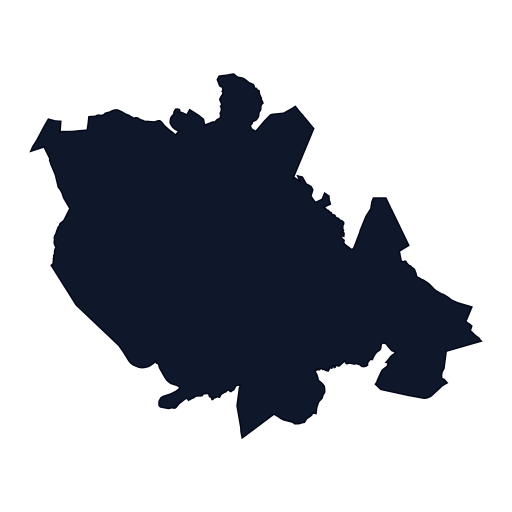 Atlangatepec, Tlaxcala, Mexico (Albers equal-area conic projection)
{"feature_id": "50627088B65405615420244", "entity_name": "Atlangatepec", "entity_type": "district", "adm_level": 2, "iso_a3": "MEX", "parent_name": "Mexico", "parent_adm1": "Tlaxcala", "projection": "albers", "projection_center": [-98.176, 19.547], "detail": "fine", "context": "isolated", "style": "filled", "palette": "ink", "viewbox_px": 512, "rotation_deg": 0, "n_neighbors": 0, "source": "geoboundaries", "source_scale": "gbopen_adm2", "svg_char_len": 6035}
<svg xmlns="http://www.w3.org/2000/svg" viewBox="0 0 512 512"><path d="M481.3,341.1L480.4,340.3L478.9,338.1L474.9,335.1L471.5,331.7L470.2,330.8L471.8,326.0L469.0,323.7L467.8,323.2L466.9,322.2L465.5,321.4L466.8,319.1L471.9,307.0L457.4,302.7L451.6,300.1L449.0,298.0L445.5,295.7L442.9,294.2L441.2,294.0L440.4,293.2L436.9,291.3L434.5,289.5L429.2,284.1L426.7,282.2L423.2,280.0L421.1,279.2L419.7,278.2L417.0,277.0L416.6,276.1L415.9,273.2L414.4,269.3L411.2,266.8L410.8,266.2L408.8,265.3L406.8,263.1L405.8,261.3L404.6,261.1L403.1,261.8L402.4,261.5L401.4,261.8L399.3,251.2L408.8,245.4L391.4,209.4L390.9,208.8L390.5,207.7L385.9,198.0L373.4,198.0L371.9,201.9L370.8,208.8L366.0,216.3L360.1,230.8L360.1,231.5L354.0,247.6L352.3,249.7L350.7,248.9L345.0,244.5L343.7,242.9L344.1,240.2L342.3,238.9L341.1,236.6L341.1,236.0L341.9,235.7L343.8,236.4L344.1,233.4L343.6,232.5L342.4,233.0L341.3,233.0L341.4,232.2L342.9,231.3L343.5,230.5L342.8,228.8L342.2,228.6L342.8,227.6L342.9,224.7L343.5,224.5L343.8,222.8L342.3,221.0L339.9,220.1L338.3,218.3L336.5,217.8L335.4,216.9L335.0,215.5L334.4,215.0L331.9,214.6L331.3,212.6L330.4,212.4L329.5,211.8L328.4,210.5L326.5,209.7L325.4,208.3L323.7,207.2L330.4,204.1L329.7,201.5L329.1,199.9L329.0,196.1L324.6,193.1L322.3,199.0L320.6,200.1L315.4,202.4L312.7,198.8L310.9,196.0L312.8,190.0L312.0,188.2L311.0,186.5L306.1,183.8L302.4,177.1L297.6,175.9L300.3,181.8L294.0,177.2L292.6,179.4L313.7,128.6L303.8,116.7L303.5,116.5L302.6,115.0L300.7,113.2L295.3,106.4L292.3,108.4L283.7,113.2L272.2,114.4L270.4,115.0L264.6,120.9L255.7,131.4L251.6,129.0L250.2,125.7L252.0,123.6L252.6,121.7L253.6,121.0L254.4,120.9L255.6,120.3L256.5,119.6L258.5,116.6L259.1,112.1L260.5,110.2L260.8,108.7L260.9,105.8L262.0,103.9L262.9,103.3L262.4,101.2L261.8,100.8L261.3,99.8L261.4,98.3L259.7,94.6L259.1,92.1L259.2,91.0L257.6,90.2L256.0,88.2L254.6,88.2L254.1,87.5L254.2,85.9L253.1,84.4L249.0,82.7L244.3,78.9L242.2,78.0L238.2,77.3L237.0,76.8L233.9,74.1L232.6,74.1L226.7,75.2L219.1,76.1L217.3,79.6L219.7,85.9L222.4,87.3L223.0,90.2L222.1,91.3L222.5,91.6L222.9,92.5L222.6,94.8L221.7,95.5L219.7,99.4L222.0,104.9L221.0,105.6L220.6,106.3L220.9,106.5L221.4,109.1L221.1,111.4L220.2,113.0L220.7,116.2L220.4,116.7L220.4,117.9L216.9,119.8L214.7,122.2L213.0,121.9L204.8,125.1L204.1,122.6L203.5,119.3L198.1,115.0L189.7,109.7L186.9,114.9L182.0,112.6L179.5,112.0L179.8,110.3L179.2,109.5L177.4,109.1L175.5,109.2L173.9,112.2L174.0,114.0L173.4,114.4L172.5,115.8L171.7,116.2L170.5,118.7L170.1,122.7L170.4,123.6L172.3,126.7L174.6,128.9L178.1,130.8L179.0,131.1L175.3,135.1L173.6,133.3L169.2,130.0L164.2,125.5L161.6,122.1L159.7,120.7L157.8,120.8L156.1,121.5L154.0,122.0L147.7,121.4L144.6,121.4L143.4,120.6L140.0,119.6L138.7,118.5L137.4,117.9L135.7,117.7L133.8,118.2L133.1,118.1L132.5,117.4L131.1,116.8L129.1,115.4L125.6,114.1L121.4,111.6L117.4,109.9L114.9,110.0L112.6,110.6L109.5,112.1L105.1,113.3L104.7,114.2L101.8,115.5L98.4,115.1L97.1,115.3L95.4,116.3L88.9,116.7L88.2,123.3L87.2,130.1L86.8,130.2L80.9,130.6L72.1,131.5L60.1,131.6L60.8,121.3L55.3,121.0L48.4,119.1L44.5,125.8L36.8,140.3L32.9,146.4L30.7,151.3L44.0,146.9L49.8,158.5L49.6,160.1L50.8,164.0L55.4,174.9L58.3,187.2L60.2,189.6L62.1,193.1L63.6,197.8L69.0,207.0L70.0,208.2L63.8,220.6L60.6,223.1L59.8,224.1L59.4,225.8L58.2,227.1L56.8,230.8L56.1,233.2L54.6,236.1L54.3,237.8L54.5,240.1L54.1,242.6L55.1,245.7L56.2,247.6L55.4,248.3L55.2,248.8L54.5,251.7L54.6,253.7L53.6,255.8L53.9,257.7L53.3,258.6L53.7,259.4L53.3,260.5L53.3,262.4L52.9,263.8L52.0,264.7L51.2,265.3L76.2,305.0L118.9,345.5L123.1,351.5L129.2,361.3L131.1,363.4L133.6,365.1L138.8,367.2L141.6,367.7L144.3,367.5L147.5,366.8L149.7,365.9L153.1,363.6L155.8,361.1L156.2,361.4L156.0,362.2L156.2,362.9L157.8,363.7L158.5,363.8L159.5,367.8L164.8,377.2L167.1,380.5L170.7,383.4L175.7,385.0L179.1,386.4L179.5,387.0L179.5,387.5L178.9,389.1L176.1,391.2L170.6,394.0L162.9,396.5L160.8,398.0L159.1,401.2L159.0,401.9L159.0,405.2L159.5,406.1L160.6,407.0L168.5,408.5L172.1,407.7L173.8,408.1L174.9,408.1L176.0,407.4L179.1,403.6L185.7,398.5L186.3,398.4L187.4,398.7L188.5,400.3L191.3,398.7L193.7,397.7L196.1,396.0L201.5,395.8L202.0,395.7L202.5,395.2L202.8,394.3L203.4,393.8L207.6,393.5L208.4,393.7L208.8,394.2L209.5,396.5L209.7,396.8L210.8,396.9L211.3,397.3L212.0,399.5L212.5,399.6L213.2,399.0L213.8,397.9L215.4,397.7L217.0,396.8L218.2,396.7L219.1,397.3L219.5,397.3L220.7,395.0L221.6,394.0L224.4,392.3L225.8,391.8L227.7,390.0L229.0,390.1L230.3,391.5L231.1,391.5L232.1,390.7L233.6,389.9L234.8,387.9L235.5,386.2L237.2,385.3L239.4,385.1L239.9,385.7L240.1,386.7L239.5,387.4L237.0,405.7L240.8,427.5L241.0,431.8L242.2,437.9L274.0,414.1L278.9,417.0L280.5,418.3L283.6,419.9L292.8,422.2L294.4,423.6L295.1,423.8L299.0,423.7L302.2,422.7L304.4,422.3L306.5,418.9L311.5,415.3L312.7,413.0L316.0,413.6L316.7,407.7L318.4,402.5L319.1,401.3L322.0,398.3L323.2,394.4L324.4,392.9L324.7,392.0L324.7,389.6L324.2,386.1L322.2,383.5L318.3,380.3L317.7,377.4L316.6,374.1L316.1,373.4L314.9,370.5L315.3,370.2L316.8,370.1L317.6,369.3L318.6,369.8L319.3,369.8L320.6,368.7L321.3,368.5L322.1,368.7L322.8,369.5L323.7,369.2L326.1,370.5L328.2,371.0L330.0,367.6L331.8,368.2L332.4,366.6L333.0,366.1L333.7,366.4L334.2,367.6L334.6,367.6L335.3,367.0L335.4,366.1L336.0,365.5L336.7,365.5L338.3,366.0L339.3,365.9L343.6,361.9L344.3,360.9L345.2,360.9L345.5,362.8L346.8,363.7L347.8,363.6L348.7,363.2L349.7,363.1L354.4,364.1L356.4,363.5L357.5,364.0L358.9,364.2L361.1,365.6L361.5,366.3L363.8,366.7L366.3,366.0L367.6,365.0L367.6,364.2L367.4,363.6L367.5,363.0L369.9,359.5L372.4,359.5L373.1,357.6L375.3,353.7L377.2,351.7L379.5,350.3L380.7,348.5L381.1,345.1L382.1,342.9L384.9,343.4L385.5,343.0L388.3,346.7L391.7,350.5L395.8,352.3L393.9,354.1L392.4,355.0L390.7,356.5L388.1,360.0L386.0,362.4L388.1,362.6L387.3,366.2L382.4,369.9L380.9,372.6L377.2,380.8L377.6,381.0L376.0,383.3L376.1,383.6L375.4,384.2L380.8,389.4L408.5,395.4L424.2,398.3L427.2,397.9L430.4,396.5L431.5,395.7L442.1,385.9L444.0,384.6L447.2,382.9L444.2,379.4L441.9,378.7L441.5,375.3L442.1,372.0L444.0,368.4L446.2,351.2L481.3,341.1Z" fill="#0f172a" stroke="#020617" stroke-width="1.5"/></svg>